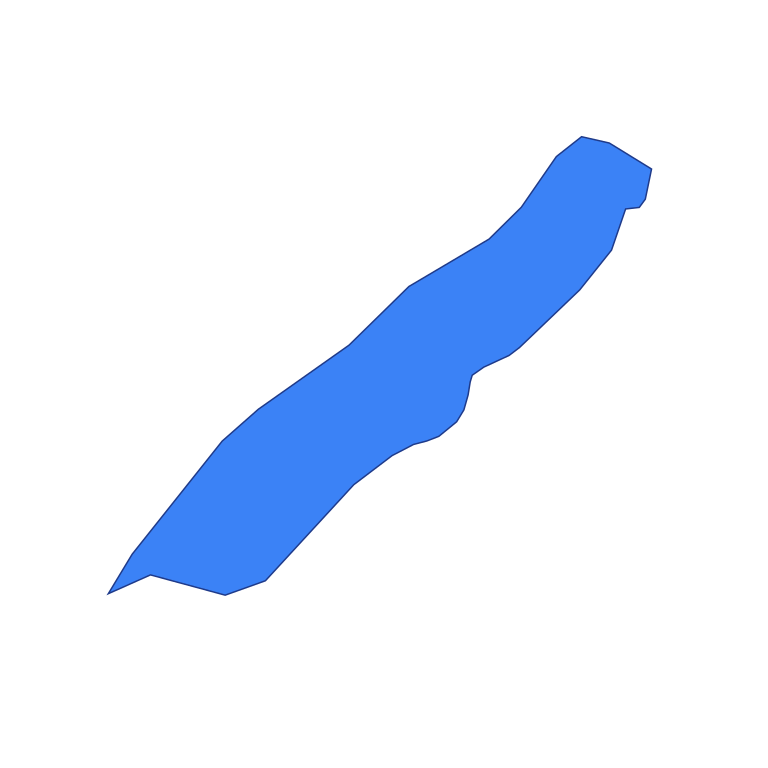 outline of Macquarie Island, rotated 213°
{"feature_id": "AUS+00?", "entity_name": "Macquarie Island", "entity_type": "state/province", "adm_level": 1, "iso_a3": "AUS", "parent_name": "Australia", "parent_adm1": "", "projection": "natural_earth1", "projection_center": [158.879, -54.61], "detail": "fine", "context": "isolated", "style": "filled", "palette": "blue", "viewbox_px": 768, "rotation_deg": 213, "n_neighbors": 0, "source": "natural_earth", "source_scale": "10m", "svg_char_len": 577}
<svg xmlns="http://www.w3.org/2000/svg" viewBox="0 0 768 768"><g transform="rotate(213 384 384)"><path d="M376.3,154.4L402.2,120.4L475.9,96.7L501.0,58.0L502.5,104.1L488.6,248.0L475.6,294.5L434.5,397.5L416.2,479.4L374.8,562.8L365.1,607.0L363.3,668.7L353.0,699.0L326.3,708.8L276.7,710.0L265.5,681.3L266.1,671.1L276.7,662.4L266.1,620.2L271.1,569.6L290.2,488.5L294.6,476.2L309.5,452.5L314.8,439.4L312.8,432.6L307.5,420.6L302.9,405.8L302.5,391.9L309.5,370.0L317.0,359.6L326.3,349.4L338.2,328.4L354.5,283.1L376.3,154.4Z" fill="#3b82f6" stroke="#1e3a8a" stroke-width="1.5"/></g></svg>